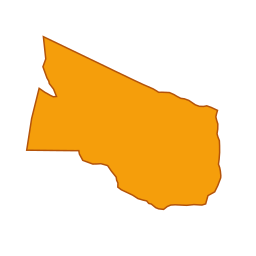 outline of Santo Inácio, Paraná, Brazil, rotated 101°
{"feature_id": "56859067B19800115986523", "entity_name": "Santo Inácio", "entity_type": "district", "adm_level": 2, "iso_a3": "BRA", "parent_name": "Brazil", "parent_adm1": "Paraná", "projection": "robinson", "projection_center": [-51.799, -22.725], "detail": "fine", "context": "isolated", "style": "filled", "palette": "amber", "viewbox_px": 256, "rotation_deg": 101, "n_neighbors": 0, "source": "geoboundaries", "source_scale": "gbopen_adm2", "svg_char_len": 1163}
<svg xmlns="http://www.w3.org/2000/svg" viewBox="0 0 256 256"><g transform="rotate(101 128 128)"><path d="M93.6,43.5L91.9,50.3L91.2,54.9L92.4,57.8L93.1,62.1L92.4,66.4L89.3,73.6L88.6,78.2L88.8,81.9L87.6,86.0L86.4,89.3L85.3,94.1L86.4,101.4L87.1,104.7L86.1,107.2L84.8,110.8L82.4,121.6L80.1,130.8L74.4,152.7L73.1,157.5L54.5,228.5L75.9,221.9L84.1,223.2L94.3,217.1L97.1,214.7L99.4,213.7L104.0,208.5L110.7,204.2L111.6,207.3L110.7,210.8L109.7,213.6L108.8,216.5L106.0,222.8L137.0,224.4L169.1,223.2L163.7,193.8L160.3,175.4L159.6,172.0L162.9,170.7L168.4,166.2L170.1,155.7L169.2,151.6L168.2,147.8L168.5,143.9L168.8,140.8L173.4,136.2L178.5,130.2L181.4,129.2L183.9,127.4L188.0,126.7L189.9,122.8L193.0,110.7L195.4,104.7L195.9,99.5L196.0,95.8L198.1,93.2L198.2,90.6L199.5,88.2L200.9,85.6L201.5,82.5L201.1,77.5L197.6,74.5L195.5,71.4L194.4,67.2L192.7,55.6L190.6,48.7L189.9,43.5L189.5,40.7L187.7,37.3L179.1,36.6L174.1,30.7L167.4,28.9L159.3,27.5L157.1,27.8L152.7,29.1L149.5,30.4L146.3,32.3L141.2,32.6L134.5,33.4L128.0,34.7L123.0,35.9L119.7,38.0L116.7,39.5L112.0,39.7L106.9,40.6L103.4,42.5L100.3,43.9L97.0,43.8L93.6,43.5Z" fill="#f59e0b" stroke="#b45309" stroke-width="1.5"/></g></svg>